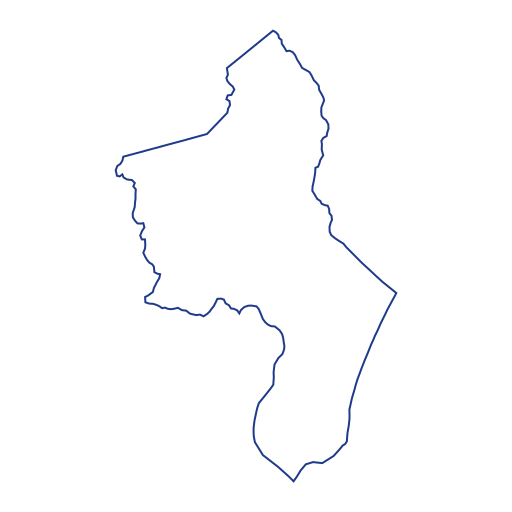 outline of Estância, Sergipe, Brazil
{"feature_id": "56859067B51129873984298", "entity_name": "Estância", "entity_type": "district", "adm_level": 2, "iso_a3": "BRA", "parent_name": "Brazil", "parent_adm1": "Sergipe", "projection": "natural_earth1", "projection_center": [-37.403, -11.256], "detail": "fine", "context": "isolated", "style": "outline", "palette": "blue", "viewbox_px": 512, "rotation_deg": 0, "n_neighbors": 0, "source": "geoboundaries", "source_scale": "gbopen_adm2", "svg_char_len": 3081}
<svg xmlns="http://www.w3.org/2000/svg" viewBox="0 0 512 512"><path d="M145.4,302.3L149.2,303.6L152.9,303.8L155.6,304.6L158.8,305.9L162.2,308.2L165.0,307.6L167.8,308.8L171.0,309.2L174.4,308.7L177.9,307.8L181.8,310.1L186.3,310.7L189.9,313.6L193.5,314.5L196.4,315.1L199.9,314.6L203.6,316.3L207.3,313.8L209.6,311.6L211.6,308.8L213.6,306.4L215.7,302.4L217.3,298.9L221.0,298.6L223.9,299.6L225.6,303.3L229.1,305.4L231.0,308.5L233.8,308.8L237.1,310.3L239.3,313.4L240.9,310.1L244.2,307.1L248.2,305.7L251.7,305.6L256.6,306.4L258.7,309.0L260.7,313.6L262.9,319.1L265.4,322.4L267.8,324.5L270.9,326.1L274.9,326.5L279.6,330.3L282.1,334.1L283.2,338.1L283.7,342.2L284.4,345.9L284.1,349.4L282.4,354.1L278.4,358.0L274.5,364.5L273.6,372.3L273.8,377.4L273.3,384.7L270.6,388.5L264.5,396.2L258.9,403.1L257.2,408.1L255.6,415.3L254.5,420.5L253.6,427.8L253.6,433.6L253.9,437.0L254.9,442.2L260.5,451.2L262.9,455.1L278.0,466.8L288.7,476.4L293.6,481.3L297.2,476.1L300.6,470.5L305.8,464.3L313.1,462.1L319.3,462.8L322.3,463.1L333.7,455.9L340.0,448.9L342.6,445.6L345.2,444.0L346.9,441.2L347.2,436.3L347.5,432.9L348.8,425.4L349.5,418.6L349.5,414.6L349.4,409.6L351.9,398.4L353.1,394.3L354.3,390.3L355.6,385.4L357.4,379.5L359.4,374.2L361.6,368.2L363.6,363.1L365.1,359.3L367.2,354.4L369.4,348.9L371.3,344.1L373.3,339.9L374.9,335.9L377.2,331.3L378.8,327.7L380.6,323.5L382.7,319.3L384.8,315.1L387.6,309.2L389.9,305.0L392.2,300.7L394.9,295.8L396.3,293.0L382.3,281.7L378.5,278.2L375.5,275.5L373.3,273.4L370.4,270.7L361.9,262.9L346.3,247.2L343.4,243.6L338.8,240.8L334.7,238.0L331.2,235.1L329.7,231.8L329.5,226.9L330.6,222.9L332.0,219.8L331.5,215.8L329.4,213.1L329.1,208.8L327.7,205.7L325.0,205.2L321.7,203.8L320.2,200.9L317.2,198.9L315.1,195.3L312.3,190.7L312.6,186.3L313.6,181.9L314.5,177.0L315.2,172.3L315.4,167.8L318.1,166.7L319.3,163.6L320.4,159.8L323.2,155.4L321.7,149.5L321.9,144.1L321.4,140.9L323.3,137.9L326.6,136.1L327.3,132.5L328.5,128.6L328.3,124.3L326.0,120.1L323.4,118.2L321.6,115.8L321.2,111.4L321.4,107.4L322.7,104.1L324.1,100.5L323.3,97.3L321.4,93.8L319.1,89.7L318.7,85.7L316.8,83.2L313.9,80.3L311.4,75.2L309.5,72.1L306.5,70.4L302.1,67.9L299.9,63.9L297.2,59.7L295.1,55.1L292.7,52.1L289.4,50.7L286.5,51.2L284.1,47.1L281.8,43.7L281.5,39.9L279.0,38.0L278.2,34.7L275.9,32.3L273.0,30.7L240.9,56.8L226.9,68.1L227.9,74.7L226.4,78.0L227.3,80.9L229.5,83.7L232.8,86.6L234.3,89.6L231.4,94.9L227.7,95.4L226.4,99.2L229.5,101.1L230.0,105.1L228.1,108.6L227.4,112.7L207.0,134.0L179.7,141.5L167.3,144.8L123.3,156.7L122.4,160.6L120.4,163.9L117.3,166.0L115.7,170.2L117.0,175.8L119.7,176.4L122.3,174.4L123.6,177.5L126.9,179.4L132.0,180.1L134.8,183.0L133.3,186.4L135.8,189.3L135.5,194.1L135.5,198.8L135.0,202.9L134.7,207.1L132.7,213.2L132.9,217.4L135.1,220.8L137.5,223.4L140.5,223.6L143.3,223.2L144.4,227.4L142.1,230.9L140.2,235.6L141.8,239.4L145.0,239.4L145.3,245.0L145.0,248.6L143.3,252.8L145.3,257.0L147.2,260.1L149.3,262.6L152.2,264.3L153.9,266.7L154.4,272.2L157.4,273.7L160.1,274.2L159.3,278.2L157.0,281.9L153.9,288.0L152.9,292.0L148.1,295.5L145.1,297.0L145.4,302.3Z" fill="none" stroke="#1e3a8a" stroke-width="2"/></svg>